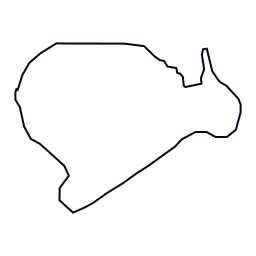 Wonsan City, Kangwŏn-do, North Korea
{"feature_id": "82179303B41531617373143", "entity_name": "Wonsan City", "entity_type": "district", "adm_level": 2, "iso_a3": "PRK", "parent_name": "North Korea", "parent_adm1": "Kangwŏn-do", "projection": "equal_earth", "projection_center": [127.373, 39.107], "detail": "fine", "context": "isolated", "style": "outline", "palette": "ink", "viewbox_px": 256, "rotation_deg": 0, "n_neighbors": 0, "source": "geoboundaries", "source_scale": "gbopen_adm2", "svg_char_len": 836}
<svg xmlns="http://www.w3.org/2000/svg" viewBox="0 0 256 256"><path d="M240.6,104.2L238.3,98.7L226.2,85.6L219.9,82.0L217.8,79.4L212.2,71.0L208.4,55.3L206.8,48.7L203.1,49.2L201.9,54.5L204.1,69.2L200.9,78.3L201.5,83.7L185.3,87.0L183.7,85.4L182.9,77.0L180.4,73.8L177.2,72.8L176.3,68.0L167.6,66.6L164.0,61.0L159.6,60.0L154.4,56.2L153.3,55.1L144.0,46.1L124.0,43.6L106.0,43.6L85.7,43.5L69.9,43.5L56.4,43.4L40.6,53.2L29.2,63.0L22.3,75.2L17.7,89.9L16.4,89.2L15.4,92.3L15.4,99.7L19.8,107.0L22.0,116.8L24.1,126.6L30.8,138.9L39.8,143.8L50.9,153.7L64.4,166.0L68.8,175.8L59.7,188.0L59.5,200.3L73.0,212.6L84.3,207.7L93.3,202.8L107.0,193.0L122.8,183.3L136.4,173.5L147.8,166.2L161.4,156.4L175.0,146.6L181.8,139.3L195.4,132.0L206.6,132.0L215.6,137.0L226.9,137.0L235.9,129.7L240.6,112.5L240.6,104.2Z" fill="none" stroke="#020617" stroke-width="2"/></svg>